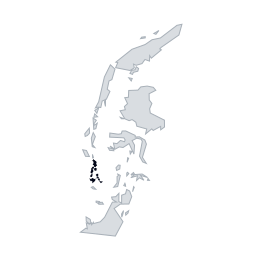 Maluku Barat Daya, Maluku, Indonesia shown in context, rotated 96°
{"feature_id": "22746128B88480653802061", "entity_name": "Maluku Barat Daya", "entity_type": "district", "adm_level": 2, "iso_a3": "IDN", "parent_name": "Indonesia", "parent_adm1": "Maluku", "projection": "robinson", "projection_center": [127.795, -7.318], "detail": "fine", "context": "in_parent", "style": "filled", "palette": "ink", "viewbox_px": 256, "rotation_deg": 96, "n_neighbors": 0, "source": "geoboundaries", "source_scale": "gbopen_adm2", "svg_char_len": 6833}
<svg xmlns="http://www.w3.org/2000/svg" viewBox="0 0 256 256"><g transform="rotate(96 128 128)"><path d="M87.6,104.3L91.7,110.6L97.9,109.8L101.1,106.8L106.6,108.5L110.8,107.4L116.4,92.6L123.2,91.8L126.4,95.3L123.0,95.7L127.8,102.7L126.4,104.3L132.1,109.9L127.0,109.3L125.3,119.4L121.4,120.8L119.2,124.8L120.6,127.6L119.2,132.1L111.7,137.7L110.1,132.6L107.0,133.8L103.8,131.0L98.2,134.4L97.4,130.8L90.6,131.2L89.3,122.1L85.8,119.6L84.3,113.3L84.9,107.1L87.6,104.3ZM19.2,85.2L30.2,87.1L44.3,103.4L46.0,104.7L46.8,103.0L56.1,112.1L53.8,114.0L59.2,113.6L58.1,118.3L62.5,120.8L64.8,126.5L63.9,129.2L67.5,128.0L70.6,132.0L69.3,146.6L64.0,145.0L63.8,147.0L49.3,132.3L43.2,119.7L37.7,113.3L35.1,105.2L20.8,90.1L19.2,85.2ZM236.8,129.3L236.6,164.4L232.0,159.4L232.5,157.9L226.7,159.6L227.7,156.1L226.1,154.3L226.6,154.0L227.6,154.2L228.1,154.0L225.4,152.6L226.6,152.2L224.2,145.8L219.2,141.9L203.4,135.8L202.8,131.7L200.7,136.2L198.4,137.1L197.6,133.0L193.9,130.2L202.2,129.4L203.2,126.5L195.5,127.3L193.7,123.6L189.3,122.9L190.5,119.8L195.9,117.1L203.5,119.2L204.5,127.7L209.5,133.4L221.7,123.2L236.8,129.3ZM160.2,109.8L154.8,113.6L139.7,112.4L137.8,113.8L137.2,118.2L140.1,122.6L144.4,119.7L153.3,119.4L143.4,125.3L147.9,130.9L147.7,134.7L150.6,138.9L144.5,140.9L144.7,137.3L141.2,134.2L142.0,130.0L140.1,129.6L138.2,131.1L139.0,145.3L134.9,145.5L135.2,137.0L134.4,134.1L131.6,133.5L131.2,129.9L134.6,120.1L136.2,119.9L135.6,115.7L138.2,110.0L142.1,108.0L155.7,110.6L161.3,106.1L160.2,109.8ZM70.8,147.1L81.6,149.1L83.2,151.8L91.6,152.7L93.5,149.8L101.6,152.5L103.9,156.5L110.5,157.2L110.4,160.5L111.4,162.5L105.0,159.9L79.7,156.8L67.0,152.1L70.8,147.1ZM173.8,110.6L178.3,106.7L176.3,111.3L179.3,114.0L174.5,113.6L177.1,120.0L173.6,116.5L172.3,109.1L175.2,103.4L173.8,110.6ZM176.0,130.7L187.3,132.1L188.4,136.0L183.8,133.1L177.5,133.8L175.7,132.2L174.6,134.1L176.0,130.7ZM150.3,161.6L142.0,163.4L136.2,162.1L140.0,159.6L148.1,161.7L150.9,158.9L150.3,161.6ZM126.4,159.1L132.0,159.9L132.9,161.9L121.8,163.8L123.6,160.3L127.4,162.3L128.7,161.5L126.4,159.1ZM160.4,163.4L160.6,167.3L154.4,170.8L154.7,167.0L160.4,163.4ZM70.5,124.2L72.1,128.5L74.2,129.1L73.5,131.8L70.3,130.4L69.3,127.0L66.2,126.2L67.7,123.7L70.5,124.2ZM225.0,159.8L220.8,160.4L222.9,156.0L226.2,155.0L227.2,156.7L225.0,159.8ZM137.1,165.7L139.7,167.6L140.9,169.7L138.3,170.4L132.2,166.5L137.1,165.7ZM169.6,131.9L171.4,134.8L168.8,135.8L165.8,133.6L165.9,131.9L169.6,131.9ZM110.8,159.2L116.7,160.5L114.0,162.9L110.8,159.2ZM120.0,159.4L120.9,163.1L117.4,162.6L120.0,159.4ZM80.9,129.7L78.0,132.5L78.3,129.0L80.9,129.7ZM206.3,144.5L206.9,149.1L205.6,149.4L204.5,146.0L206.3,144.5ZM108.9,152.7L104.4,154.2L102.5,153.3L108.9,152.7ZM152.1,139.7L152.1,144.0L149.6,145.7L150.5,140.1L152.1,139.7ZM27.8,107.5L31.9,110.0L31.3,112.2L27.8,107.5ZM37.8,124.8L36.2,123.9L35.4,120.4L36.6,120.3L37.8,124.8ZM190.8,158.3L189.9,156.6L192.3,153.6L192.2,156.3L190.8,158.3ZM186.3,115.6L190.9,116.8L185.7,116.3L186.3,115.6ZM158.0,124.2L162.2,125.3L157.6,125.2L158.0,124.2ZM150.1,141.8L147.8,143.9L149.8,140.1L150.1,141.8ZM210.2,118.7L212.6,119.1L214.9,121.1L212.7,121.6L210.2,118.7ZM169.3,156.5L167.8,158.1L164.6,158.3L165.4,156.5L169.3,156.5ZM206.1,149.9L205.1,152.1L204.0,152.0L204.1,148.6L206.1,149.9ZM175.8,124.2L172.9,124.5L172.1,123.8L173.3,122.4L175.8,124.2ZM210.6,123.8L214.1,124.1L217.4,124.9L214.2,125.4L210.6,123.8ZM150.8,121.6L153.7,123.0L150.7,123.8L150.8,121.6ZM178.0,103.2L176.1,102.8L177.9,101.2L178.0,103.2ZM157.9,160.6L161.0,159.3L161.4,160.1L157.9,160.6ZM186.2,124.3L185.7,126.2L183.3,125.3L184.5,124.7L186.2,124.3ZM119.5,135.5L118.2,136.8L119.2,132.7L119.5,135.5ZM173.0,116.9L174.5,119.6L173.9,120.0L171.7,117.9L173.0,116.9Z" fill="#d9dde1" stroke="#a8b0b8" stroke-width="1"/><path d="M168.5,155.9L168.4,156.0L168.1,156.0L167.9,156.1L167.7,156.3L167.4,156.4L167.3,156.5L167.1,156.6L166.7,156.7L166.4,156.9L166.2,156.9L166.0,156.7L165.9,156.8L165.8,156.7L165.7,156.7L165.4,156.5L165.2,156.6L165.1,156.9L165.1,157.0L164.9,157.1L164.9,157.3L164.7,157.5L164.7,157.9L164.7,158.1L164.5,158.3L164.9,158.2L165.0,158.1L165.3,157.9L165.5,157.8L165.9,157.7L166.0,157.8L166.2,157.7L166.3,157.8L166.6,157.9L166.9,157.9L167.1,157.9L167.3,158.0L167.4,157.9L167.5,158.0L167.8,158.2L167.9,157.9L168.0,157.7L168.1,157.4L168.4,157.3L168.4,157.2L168.5,157.2L168.8,157.0L169.2,157.0L169.3,156.9L169.4,157.0L169.5,156.9L169.5,156.7L169.4,156.6L169.2,156.5L168.9,156.4L168.7,156.3L168.7,156.2L168.5,155.9ZM183.0,157.2L182.7,157.3L182.6,157.5L182.5,157.8L182.6,158.0L182.8,158.1L183.0,158.4L183.1,158.5L183.3,158.6L183.5,158.6L183.7,158.1L183.8,158.0L183.9,157.9L183.8,157.7L183.7,157.3L183.4,157.3L183.2,157.2L183.0,157.2ZM174.0,158.9L173.9,158.9L173.9,159.0L174.0,159.1L174.0,159.3L174.4,159.5L174.5,159.5L174.8,159.5L175.0,159.7L175.3,159.6L175.4,159.4L175.6,159.3L175.6,159.2L175.4,159.1L175.2,159.1L174.8,159.1L174.7,159.1L174.4,159.0L174.3,158.9L174.0,158.9ZM177.9,153.3L177.7,153.4L177.6,153.5L177.6,153.8L177.8,153.9L178.0,154.1L178.3,153.8L178.2,153.8L178.1,153.7L178.3,153.7L178.2,153.5L178.1,153.4L177.9,153.3ZM172.1,155.6L172.0,155.8L172.0,156.0L171.9,156.1L171.8,156.3L172.0,156.5L172.1,156.4L172.2,156.2L172.4,156.2L172.5,156.1L172.6,155.9L172.5,155.7L172.5,155.8L172.4,155.8L172.3,155.7L172.2,155.7L172.1,155.6ZM176.1,159.5L175.9,159.4L175.8,159.5L175.6,159.5L175.5,159.4L175.5,159.5L175.4,159.7L175.5,159.8L176.0,159.8L176.1,159.5L176.1,159.5ZM179.2,159.3L178.9,159.4L179.1,159.6L179.3,159.6L179.5,159.7L179.8,159.7L179.8,159.4L179.6,159.3L179.4,159.4L179.2,159.3ZM173.6,159.2L173.4,159.3L173.2,159.4L173.1,159.5L173.3,159.5L173.7,159.5L173.8,159.4L173.6,159.2ZM171.2,158.4L170.9,158.5L171.0,158.8L171.4,158.9L171.3,158.7L171.2,158.4ZM184.1,159.0L184.2,158.8L184.0,159.0L183.9,159.0L183.7,159.3L183.6,159.5L183.8,159.4L184.0,159.1L184.1,159.0ZM182.2,157.5L182.3,157.6L182.2,157.7L182.2,157.8L182.3,158.0L182.5,157.8L182.4,157.7L182.2,157.5ZM164.3,158.2L164.2,158.2L164.2,158.3L164.3,158.6L164.4,158.4L164.3,158.2ZM182.3,151.4L182.2,151.4L182.1,151.5L182.3,151.6L182.4,151.4L182.3,151.4ZM183.0,155.8L182.9,155.8L183.0,156.0L183.2,155.9L183.0,155.8ZM180.5,152.7L180.4,152.7L180.4,152.8L180.5,152.9L180.5,152.7ZM184.9,157.0L184.7,157.0L184.8,157.1L185.0,157.1L184.9,157.0ZM184.5,156.7L184.5,156.8L184.6,157.0L184.6,156.8L184.5,156.7ZM173.2,156.1L173.1,155.9L173.0,156.0L173.1,156.3L173.2,156.2L173.2,156.1ZM178.6,159.2L178.7,159.3L178.8,159.4L178.7,159.4L178.8,159.4L178.8,159.2L178.7,159.2L178.6,159.2ZM178.3,159.2L178.3,159.3L178.3,159.2ZM184.6,149.1L184.6,149.3L184.7,149.2L184.6,149.1ZM177.7,154.9L177.7,155.0L177.7,154.9L177.7,154.9ZM171.7,155.7L171.7,155.8L171.7,155.7L171.7,155.7ZM164.3,158.0L164.3,157.9L164.3,158.0L164.3,158.0ZM164.3,158.2L164.4,158.3L164.3,158.2L164.3,158.2ZM177.0,159.4L176.9,159.4L177.0,159.4L177.0,159.4Z" fill="#0f172a" stroke="#020617" stroke-width="1.5"/></g></svg>